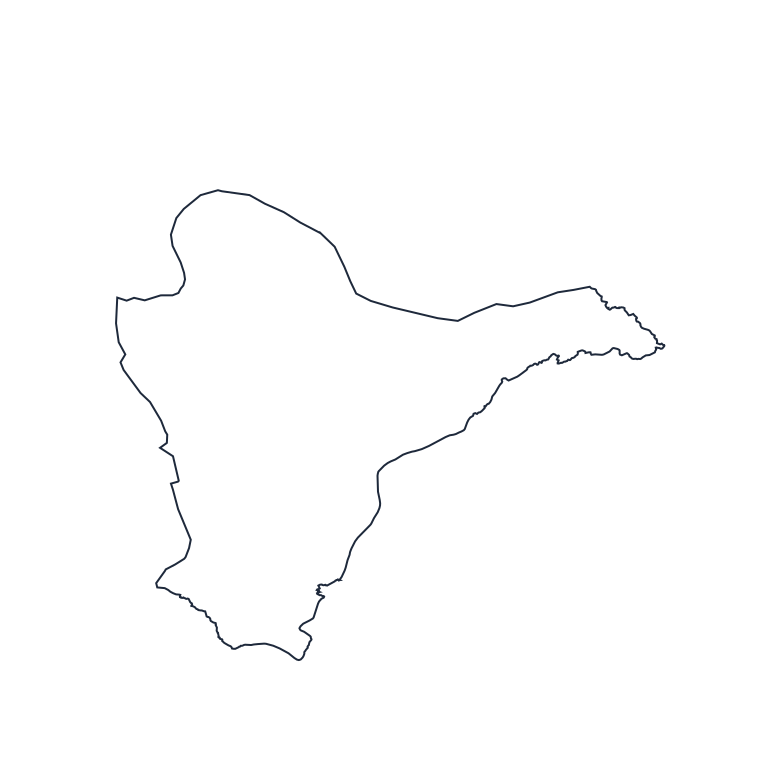 Barito Utara, Kalimantan Tengah, Indonesia, rotated 72°
{"feature_id": "22746128B89680104320053", "entity_name": "Barito Utara", "entity_type": "district", "adm_level": 2, "iso_a3": "IDN", "parent_name": "Indonesia", "parent_adm1": "Kalimantan Tengah", "projection": "natural_earth1", "projection_center": [115.596, -0.74], "detail": "fine", "context": "isolated", "style": "outline", "palette": "slate", "viewbox_px": 768, "rotation_deg": 72, "n_neighbors": 0, "source": "geoboundaries", "source_scale": "gbopen_adm2", "svg_char_len": 6153}
<svg xmlns="http://www.w3.org/2000/svg" viewBox="0 0 768 768"><g transform="rotate(72 384 384)"><path d="M507.4,662.5L510.4,655.6L513.3,652.8L515.5,651.4L517.8,649.2L519.8,646.8L521.1,643.7L521.6,642.9L522.9,643.8L523.6,643.9L523.8,643.5L524.2,643.4L524.2,642.8L525.1,642.2L525.1,640.6L525.8,640.3L526.2,639.5L527.1,638.7L527.4,638.0L527.4,637.0L528.1,636.2L531.6,635.7L532.9,635.0L533.0,634.7L533.9,634.5L534.6,634.7L535.2,635.7L535.6,635.8L535.8,634.7L536.4,634.4L537.6,633.0L540.0,631.9L540.7,630.8L541.6,630.5L542.9,627.9L543.0,627.3L544.4,625.6L545.0,624.3L550.3,624.5L551.2,623.5L551.4,622.9L552.4,622.1L553.9,621.8L554.9,622.1L555.9,621.9L558.1,620.0L559.3,618.0L560.6,618.1L561.0,618.6L564.0,618.2L567.0,619.4L568.9,619.1L569.2,618.8L569.7,619.1L570.2,618.9L573.1,619.2L573.4,619.7L573.8,619.5L574.3,618.7L574.7,618.6L575.1,618.9L575.8,618.6L576.8,616.9L577.5,616.8L578.3,617.3L580.9,615.9L584.5,612.7L586.0,610.9L587.3,610.3L588.6,610.3L589.4,608.8L589.9,607.3L589.4,603.5L589.1,603.0L589.2,601.9L588.7,601.2L589.1,599.9L589.1,598.9L588.9,597.7L589.1,596.5L591.2,591.0L591.5,588.3L592.4,584.2L593.9,578.2L594.6,576.5L598.7,570.2L603.2,565.0L610.6,558.0L616.9,553.9L619.2,552.0L620.2,550.4L620.3,549.6L620.2,548.2L618.9,545.8L617.7,544.5L615.9,543.1L614.8,542.8L614.0,542.3L613.6,541.4L612.7,540.4L611.3,538.0L610.5,538.0L610.1,537.8L609.4,536.9L609.2,536.3L606.5,534.7L604.9,532.2L604.3,531.8L603.4,532.1L601.6,531.8L600.6,532.3L595.8,535.9L594.8,536.7L592.8,539.1L591.8,539.7L590.2,539.9L589.6,539.4L588.5,538.0L587.0,534.9L585.9,527.8L585.0,524.0L584.3,523.1L572.5,514.6L570.8,513.0L568.9,509.8L568.6,507.5L568.2,507.0L567.7,506.6L567.2,506.8L566.8,507.4L566.8,507.9L565.3,509.2L565.0,510.4L563.4,512.0L563.1,511.8L562.7,512.4L562.3,512.4L562.2,512.1L562.1,510.6L561.8,510.7L561.9,509.6L561.4,510.2L561.1,509.7L560.8,509.7L560.4,510.6L560.1,510.4L559.2,511.6L558.7,510.9L558.9,509.1L558.6,508.3L555.4,508.7L555.1,506.8L555.5,505.1L556.0,504.8L556.5,504.1L556.8,503.2L556.8,501.9L557.6,501.4L557.6,500.9L558.1,500.4L556.5,491.9L556.0,491.0L556.0,490.1L555.7,489.8L555.9,488.9L555.6,488.3L556.2,487.6L556.4,487.8L556.9,487.7L556.9,487.4L556.4,487.4L556.7,486.5L556.3,486.8L556.2,486.3L554.4,483.9L549.3,479.1L546.8,477.2L540.3,473.1L535.8,469.5L533.5,468.3L532.1,467.2L530.3,465.7L524.7,460.1L522.0,456.3L513.7,440.4L512.9,439.3L508.4,434.9L504.0,429.6L500.6,426.7L498.3,425.3L496.2,424.5L492.9,423.9L484.6,423.0L469.2,418.5L467.4,417.6L465.7,416.5L465.1,415.6L461.7,409.1L460.3,404.9L459.7,401.5L459.3,396.5L457.1,387.8L456.9,383.2L457.0,378.3L457.4,375.4L457.6,368.2L456.8,360.4L453.5,341.9L453.1,337.3L453.7,333.6L453.8,331.1L453.3,327.7L453.1,325.1L452.6,322.4L451.8,321.1L446.3,316.8L444.0,314.5L442.5,312.3L441.8,309.2L440.0,308.0L439.9,306.2L441.2,304.8L440.4,303.1L440.4,302.5L440.6,301.2L439.8,299.1L438.0,295.7L437.7,295.5L436.8,295.6L436.1,295.2L436.6,294.2L435.4,292.6L435.0,291.5L435.2,290.6L434.0,288.6L432.0,286.6L429.3,284.9L426.9,281.1L421.4,275.0L420.4,273.7L419.3,271.7L418.3,270.8L417.0,270.9L416.1,270.6L415.5,268.8L416.1,266.6L417.7,265.7L419.2,264.4L418.2,254.9L417.5,252.5L414.7,244.2L414.2,243.3L413.3,242.9L412.7,241.9L412.4,241.0L412.3,240.0L411.8,239.2L412.2,238.1L412.2,237.5L412.0,236.3L411.4,235.3L411.3,234.0L411.9,233.1L413.0,232.5L413.1,231.8L412.7,231.1L411.3,229.8L411.2,229.4L411.8,228.3L412.5,227.9L412.6,227.6L412.4,227.2L411.2,226.7L411.0,226.1L411.0,224.2L411.5,223.0L411.2,221.9L411.4,220.2L409.7,218.5L409.2,217.0L408.4,216.1L407.7,213.7L408.5,212.4L410.3,211.3L410.8,210.5L410.9,209.2L411.1,209.0L411.5,209.0L412.9,210.9L414.2,212.0L415.5,210.6L417.6,212.4L418.1,212.5L418.6,211.4L418.5,208.9L418.9,208.4L418.9,207.8L418.4,205.8L418.8,204.4L418.6,203.6L418.7,202.7L417.8,201.3L418.7,199.9L418.7,199.4L417.5,197.5L417.4,197.0L417.6,195.8L417.3,194.3L416.6,193.4L415.9,190.9L415.1,190.3L413.3,189.8L413.1,185.9L413.4,184.7L415.0,182.9L415.5,182.6L416.8,182.8L417.1,179.6L417.5,178.1L417.7,177.8L418.9,178.0L420.3,177.7L421.1,173.9L423.6,167.7L423.8,166.0L422.8,159.4L420.7,155.6L420.8,154.4L422.9,151.0L424.3,149.7L425.1,149.6L427.9,150.5L429.0,150.4L430.2,148.9L429.7,143.7L430.0,143.1L432.1,141.9L433.7,142.0L434.7,141.1L436.3,140.4L437.2,139.2L437.6,137.4L437.9,136.4L438.6,135.6L438.7,134.3L439.4,132.7L439.3,131.4L438.6,130.0L437.7,126.2L438.5,122.5L437.6,116.6L436.4,115.8L435.3,114.5L433.4,114.3L433.5,113.4L434.1,112.7L434.8,111.1L436.1,109.8L436.2,108.3L434.7,105.9L434.2,105.5L433.5,105.5L432.9,106.7L431.4,107.4L431.6,109.2L429.5,111.8L427.2,110.9L426.8,110.9L426.5,111.2L425.6,110.9L424.7,112.0L423.1,112.5L422.6,112.3L422.1,111.6L421.5,111.5L419.2,113.8L415.9,114.7L414.9,115.3L414.0,116.3L411.8,119.6L410.3,121.3L408.9,121.9L407.1,122.0L406.4,121.6L405.3,121.7L403.3,123.0L402.8,124.2L401.8,124.5L400.0,124.2L399.6,123.2L398.9,123.0L396.4,124.5L394.4,125.3L394.6,128.2L394.3,130.0L391.0,130.9L388.6,132.1L387.8,132.3L386.2,131.8L385.2,132.8L384.3,134.8L384.5,136.8L383.9,136.9L384.1,137.8L383.9,138.8L383.4,139.6L382.3,140.1L382.1,140.4L382.3,141.9L382.0,142.9L382.0,143.4L383.0,145.6L383.1,146.3L381.9,147.5L380.9,147.0L380.6,148.3L379.0,148.9L377.4,149.0L375.3,146.7L374.9,146.8L372.7,151.0L371.7,151.3L370.1,150.9L368.5,150.0L368.0,149.9L367.2,150.9L363.3,153.1L361.0,153.4L359.9,153.3L359.0,154.0L357.5,156.7L357.0,157.3L355.1,158.3L353.1,174.6L350.5,190.4L351.6,220.2L350.0,237.2L342.7,252.4L344.2,276.1L346.8,294.3L338.0,312.6L313.9,352.1L300.9,370.9L289.4,382.5L275.8,384.3L260.2,385.5L238.2,388.5L220.2,398.1L220.4,398.3L204.6,413.7L189.7,426.1L175.8,441.5L162.8,453.5L150.6,478.6L148.4,482.0L147.7,500.1L155.6,520.3L162.0,530.2L176.1,540.5L187.3,542.4L205.6,539.8L216.5,539.8L223.0,540.9L228.3,544.4L230.4,547.8L233.9,551.4L234.3,557.7L230.7,569.0L230.5,585.7L224.8,595.1L225.2,603.0L219.4,611.0L243.5,620.1L262.3,623.4L275.9,620.9L282.0,627.9L290.2,627.3L317.4,618.3L328.8,612.1L350.1,607.3L361.4,606.7L365.2,605.8L372.9,608.7L375.5,616.7L387.5,607.0L412.6,609.1L413.2,610.1L412.9,617.4L419.3,617.4L439.4,618.5L472.4,615.9L479.8,620.1L487.3,626.2L488.5,628.0L491.1,638.4L492.9,648.9L494.0,650.0L503.0,662.2L507.4,662.5Z" fill="none" stroke="#1e293b" stroke-width="2"/></g></svg>